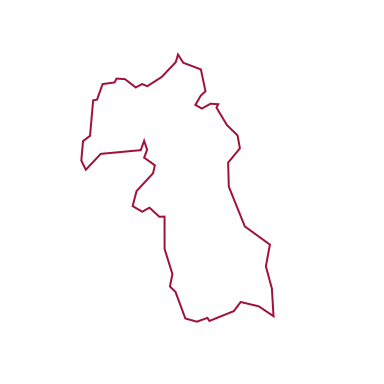 outline of Vraneshtitsa, Vraneštica, North Macedonia, rotated 118°
{"feature_id": "65306769B74199760072032", "entity_name": "Vraneshtitsa", "entity_type": "district", "adm_level": 2, "iso_a3": "MKD", "parent_name": "North Macedonia", "parent_adm1": "Vraneštica", "projection": "robinson", "projection_center": [21.041, 41.503], "detail": "fine", "context": "isolated", "style": "outline", "palette": "rose", "viewbox_px": 384, "rotation_deg": 118, "n_neighbors": 0, "source": "geoboundaries", "source_scale": "gbopen_adm2", "svg_char_len": 874}
<svg xmlns="http://www.w3.org/2000/svg" viewBox="0 0 384 384"><g transform="rotate(118 192 192)"><path d="M232.3,237.8L232.8,226.7L225.8,222.2L229.2,209.2L226.6,204.7L255.1,189.5L273.6,170.8L285.8,167.1L288.0,159.6L306.8,138.5L304.2,126.8L295.9,119.3L297.7,116.1L277.4,99.1L266.3,97.4L261.6,79.4L263.4,61.7L239.8,76.1L222.9,91.9L201.9,98.5L197.6,129.2L170.0,162.0L149.1,173.9L131.0,170.2L120.7,178.3L116.6,192.4L106.0,210.0L102.2,210.1L105.3,217.0L113.7,222.5L113.5,229.9L102.7,229.5L96.7,227.4L79.6,241.7L82.0,260.4L77.2,268.9L85.0,267.3L104.7,272.8L119.6,281.2L120.1,286.7L126.1,290.8L123.8,304.2L127.3,311.9L131.6,311.8L138.7,321.6L155.0,319.2L157.5,322.3L190.3,308.4L198.2,312.1L216.2,304.5L222.2,296.2L201.2,290.5L179.1,256.9L169.3,258.3L175.7,251.5L184.1,250.4L185.9,237.3L193.8,235.2L217.2,241.4L232.3,237.8Z" fill="none" stroke="#9f1239" stroke-width="2"/></g></svg>